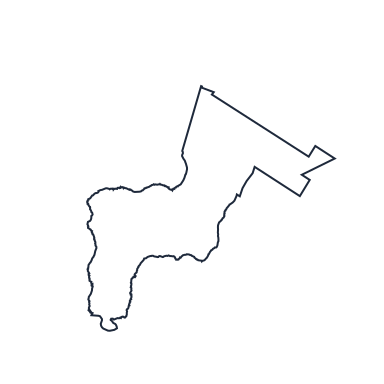 Constitución, Santa Fe, Argentina, rotated 155°
{"feature_id": "61730980B65517483181137", "entity_name": "Constitución", "entity_type": "district", "adm_level": 2, "iso_a3": "ARG", "parent_name": "Argentina", "parent_adm1": "Santa Fe", "projection": "natural_earth1", "projection_center": [-60.677, -33.505], "detail": "fine", "context": "isolated", "style": "outline", "palette": "slate", "viewbox_px": 384, "rotation_deg": 155, "n_neighbors": 0, "source": "geoboundaries", "source_scale": "gbopen_adm2", "svg_char_len": 6099}
<svg xmlns="http://www.w3.org/2000/svg" viewBox="0 0 384 384"><g transform="rotate(155 192 192)"><path d="M291.4,218.2L291.5,216.8L291.7,216.4L291.2,215.5L291.6,213.6L292.5,213.0L293.4,212.8L294.3,210.9L295.3,209.7L296.6,208.9L298.9,208.9L300.4,207.0L300.3,205.6L300.7,205.2L300.5,204.6L301.2,203.9L301.4,203.3L300.3,201.8L300.2,201.2L299.7,200.7L299.7,199.6L299.1,198.8L299.8,198.1L299.9,197.7L299.6,196.8L300.0,196.3L300.0,195.6L299.5,195.2L299.5,194.9L299.8,192.0L300.3,191.6L300.3,190.7L300.8,190.2L300.5,189.5L300.8,188.6L300.7,187.6L301.1,186.6L301.5,186.4L301.6,185.3L302.0,184.6L302.1,183.9L301.8,183.0L302.3,181.6L304.6,179.4L307.1,176.1L307.6,175.9L308.6,174.9L309.2,174.7L309.8,174.4L310.9,173.6L311.8,172.6L313.7,171.1L314.1,171.1L316.6,169.6L318.1,167.0L318.5,166.9L318.7,166.2L319.3,166.1L319.3,165.4L319.8,164.5L319.5,161.8L320.1,161.8L320.5,161.1L320.6,160.8L320.3,159.9L320.7,159.8L320.6,159.4L320.8,159.3L321.6,157.6L321.3,157.1L321.4,156.7L321.7,156.0L322.1,155.8L322.4,154.8L321.2,153.1L321.6,152.7L321.8,152.0L321.5,151.3L321.9,150.8L321.1,150.7L321.5,149.9L322.2,149.8L322.5,149.3L321.9,148.6L321.9,148.3L323.3,146.8L324.3,145.0L326.8,142.4L329.9,140.5L330.5,139.4L330.8,139.2L331.4,138.3L331.0,136.5L331.1,136.3L331.5,136.3L331.8,135.8L332.0,134.4L332.7,133.6L332.9,132.0L333.2,131.6L334.1,131.1L334.6,130.2L334.6,129.9L335.5,128.8L334.6,128.4L334.6,127.7L335.4,127.6L335.1,126.8L335.1,125.8L334.6,125.5L334.2,126.0L334.0,125.0L334.4,124.9L334.4,124.7L333.8,124.8L333.3,124.3L335.2,122.8L329.0,119.3L327.9,118.3L327.3,115.0L327.7,113.9L330.4,111.1L330.9,109.2L330.8,107.5L330.1,105.7L326.7,101.8L324.9,100.9L320.7,99.9L317.6,100.2L317.1,102.0L317.1,104.1L317.4,104.9L318.7,106.6L319.2,109.4L319.5,110.0L319.8,110.2L319.8,110.5L318.8,111.3L317.3,110.7L316.7,109.4L312.8,109.2L311.5,108.4L310.7,108.3L310.2,108.5L309.7,107.8L308.8,108.5L308.2,108.3L307.8,108.5L306.8,107.9L306.5,107.0L305.9,106.5L305.3,106.6L304.6,107.2L304.0,107.2L302.7,108.8L302.2,110.1L301.3,111.2L301.2,112.6L300.6,113.2L299.7,113.2L298.7,113.8L298.0,114.7L297.7,115.4L297.3,115.6L296.7,115.6L296.7,116.4L296.5,116.9L295.6,117.4L295.2,118.2L294.4,118.5L294.6,119.0L294.3,119.7L293.4,120.1L293.1,120.7L292.4,120.6L292.2,121.4L291.1,122.5L291.0,123.4L290.4,124.1L290.9,124.8L290.3,125.2L290.8,126.1L290.8,126.6L288.5,128.2L288.4,129.0L287.7,130.2L287.6,130.9L287.8,131.3L287.3,131.6L287.2,132.5L286.3,133.3L285.6,134.7L285.8,135.0L285.8,135.5L285.4,135.7L283.7,138.7L282.5,139.0L282.0,139.5L281.3,139.4L280.9,139.8L279.7,138.9L278.7,139.5L278.6,139.9L279.2,140.7L279.0,141.3L278.5,141.8L277.5,142.2L276.2,142.5L275.3,143.9L274.7,144.3L274.6,144.7L274.1,145.5L272.6,146.4L272.5,146.7L272.1,146.7L271.6,147.4L269.8,148.1L268.7,149.1L264.6,150.8L263.5,151.9L261.7,151.4L259.7,151.9L256.8,151.6L256.1,151.2L255.3,151.2L254.2,150.6L253.5,149.6L251.3,148.1L251.0,147.7L250.0,147.3L249.4,147.7L248.2,147.6L246.0,145.4L245.5,145.3L244.9,145.5L243.7,145.4L242.0,145.0L241.2,144.4L240.0,144.4L239.0,143.2L238.2,142.9L236.6,141.8L235.8,141.6L235.7,141.2L235.3,140.9L235.0,139.8L235.3,138.8L234.8,137.7L234.9,137.3L233.8,137.0L233.5,136.6L232.8,136.5L232.4,136.9L231.2,137.1L230.6,137.8L229.9,137.3L228.5,138.1L227.7,138.2L227.1,138.5L225.2,138.2L224.2,137.7L223.1,137.8L222.8,137.5L222.1,137.3L220.7,136.3L220.4,135.7L219.4,135.1L219.2,134.8L219.2,134.3L217.4,132.3L217.5,131.4L216.9,130.4L216.7,129.5L216.1,129.2L216.0,128.4L215.3,128.0L215.2,127.5L212.2,125.6L212.3,125.0L211.8,125.2L209.9,124.9L208.9,125.1L207.5,125.8L206.4,126.1L204.1,127.7L203.5,128.6L202.9,128.6L201.0,130.1L199.7,130.7L199.5,131.0L197.9,131.1L197.0,131.7L195.5,131.7L194.8,132.1L193.5,131.5L192.9,131.7L191.6,132.8L189.8,135.5L188.9,136.2L188.0,138.0L187.3,139.9L187.1,141.1L186.1,142.7L185.8,144.1L184.2,147.1L183.4,149.1L182.5,150.8L180.3,153.0L177.9,153.7L177.0,154.3L176.7,154.2L175.3,155.3L174.3,155.4L172.9,156.4L172.7,156.6L172.7,157.4L172.2,157.9L172.0,158.6L171.4,158.9L171.1,160.1L170.5,160.7L169.8,161.1L169.6,161.0L169.0,161.7L168.4,161.7L167.4,162.7L166.2,163.1L166.1,163.3L164.0,164.2L163.3,164.8L162.9,164.7L159.5,165.3L157.2,166.2L153.3,169.6L152.4,170.8L150.5,167.9L144.6,174.1L137.8,178.9L129.1,183.4L124.6,188.3L96.0,142.7L80.2,153.2L85.2,161.2L48.5,162.0L60.8,181.6L71.3,174.7L132.8,271.9L130.1,273.3L139.2,282.6L138.4,283.4L139.0,284.1L183.5,233.3L183.4,232.2L183.9,230.9L185.3,229.7L185.8,228.8L185.7,225.8L185.3,223.7L185.3,222.6L185.5,221.6L185.5,220.5L186.2,216.3L186.9,214.7L189.0,211.9L190.2,210.6L190.6,210.6L192.8,208.1L195.0,206.2L199.0,203.7L202.3,203.4L202.5,203.1L203.2,203.4L203.9,203.4L204.7,202.9L204.9,203.1L206.5,202.8L206.7,202.4L207.1,202.8L207.5,202.9L209.1,201.7L209.3,202.8L209.9,202.8L210.4,203.2L211.0,203.8L211.6,204.9L211.8,205.6L211.2,206.1L212.7,207.4L212.8,207.9L213.3,208.4L213.8,208.5L213.9,209.1L214.3,209.2L214.3,209.7L215.7,210.5L216.3,211.3L217.4,212.1L217.6,212.7L217.9,212.5L218.1,212.8L220.4,213.3L222.1,214.4L222.9,214.4L223.4,215.2L224.2,215.0L225.7,215.3L226.2,215.0L227.2,215.1L228.6,214.8L229.7,215.0L230.3,214.9L231.5,215.3L232.0,215.0L232.7,215.1L232.9,215.3L233.6,215.4L234.0,215.0L236.0,214.3L236.8,214.5L238.0,214.1L239.6,214.5L244.0,216.3L244.9,217.1L245.3,217.5L245.7,218.6L246.5,219.6L246.5,220.0L247.2,220.7L247.7,220.4L248.1,220.8L250.0,223.2L250.8,223.6L251.2,224.2L251.7,224.3L251.9,224.9L252.3,225.2L252.5,225.0L252.5,225.4L253.1,225.9L254.3,226.2L254.5,226.9L254.9,226.7L254.8,226.2L255.1,225.9L255.8,226.3L256.2,226.2L256.7,226.8L257.5,227.2L258.2,227.0L258.6,226.5L260.2,227.5L260.6,227.4L261.4,227.8L262.0,227.5L261.8,228.2L262.1,228.4L262.5,228.6L262.9,228.4L263.3,228.9L264.5,229.4L265.5,229.2L265.8,229.9L267.6,231.4L268.7,231.8L272.8,232.0L273.5,232.3L275.3,232.5L275.9,232.3L276.4,232.4L276.5,231.8L277.2,231.3L278.8,231.3L279.5,231.7L281.0,231.7L283.1,230.8L284.0,231.0L286.9,229.3L289.0,229.3L289.1,228.7L289.6,228.7L290.2,228.4L290.5,227.6L291.0,227.6L291.5,226.5L291.2,225.7L291.6,225.2L291.1,224.8L291.4,223.8L291.1,222.3L290.7,221.6L290.8,221.2L291.1,220.9L291.1,220.5L291.7,219.4L291.4,218.2Z" fill="none" stroke="#1e293b" stroke-width="2"/></g></svg>